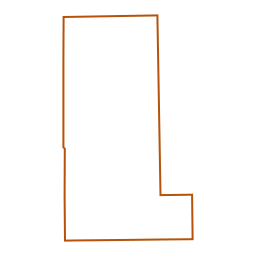 outline of Miami, Indiana, United States of America
{"feature_id": "52423323B68202154434089", "entity_name": "Miami", "entity_type": "district", "adm_level": 2, "iso_a3": "USA", "parent_name": "United States of America", "parent_adm1": "Indiana", "projection": "robinson", "projection_center": [-86.062, 40.781], "detail": "fine", "context": "isolated", "style": "outline", "palette": "amber", "viewbox_px": 256, "rotation_deg": 0, "n_neighbors": 0, "source": "geoboundaries", "source_scale": "gbopen_adm2", "svg_char_len": 284}
<svg xmlns="http://www.w3.org/2000/svg" viewBox="0 0 256 256"><path d="M65.0,240.6L80.9,240.4L129.2,239.9L160.8,239.5L192.6,239.2L192.1,194.7L160.5,195.1L157.4,15.4L63.6,17.0L63.4,61.5L63.4,147.3L64.8,148.7L64.6,195.7L65.0,240.6Z" fill="none" stroke="#b45309" stroke-width="2"/></svg>